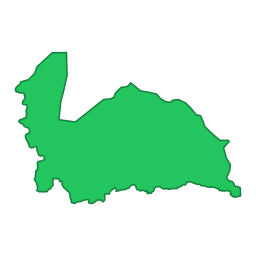 outline of Solís de Mataojo, Lavalleja, Uruguay
{"feature_id": "84410073B13887066663224", "entity_name": "Solís de Mataojo", "entity_type": "district", "adm_level": 2, "iso_a3": "URY", "parent_name": "Uruguay", "parent_adm1": "Lavalleja", "projection": "orthographic", "projection_center": [-55.418, -34.585], "detail": "fine", "context": "isolated", "style": "filled", "palette": "green", "viewbox_px": 256, "rotation_deg": 0, "n_neighbors": 0, "source": "geoboundaries", "source_scale": "gbopen_adm2", "svg_char_len": 5758}
<svg xmlns="http://www.w3.org/2000/svg" viewBox="0 0 256 256"><path d="M36.9,190.6L39.7,191.9L42.1,191.6L42.7,191.9L43.4,192.0L44.9,191.6L46.6,191.7L47.3,191.5L48.1,189.9L48.7,189.5L49.8,189.2L50.5,188.7L51.1,187.9L51.2,187.1L51.4,186.7L52.6,185.9L53.1,185.0L53.2,184.3L53.0,183.7L52.7,183.4L52.6,182.9L52.9,181.9L52.8,181.4L53.1,180.6L53.0,180.3L52.9,179.5L53.0,178.9L53.2,178.5L53.5,178.4L54.1,178.6L54.8,178.6L56.2,178.9L56.9,178.8L57.0,178.7L56.9,178.5L57.9,178.5L58.5,178.7L58.9,179.1L58.9,179.4L59.2,179.7L59.2,180.3L60.0,181.6L60.3,181.6L60.2,181.3L60.5,181.1L61.6,181.2L61.8,181.3L62.2,182.0L62.0,183.6L62.1,184.8L63.9,187.7L64.4,188.3L66.7,190.0L67.1,190.6L67.4,191.1L68.6,191.7L69.2,192.6L69.4,193.2L69.6,193.4L69.8,194.7L70.2,195.5L69.9,196.6L70.1,197.5L70.1,197.8L70.4,198.0L70.8,198.6L70.8,199.3L71.2,199.9L71.2,200.4L71.1,200.9L71.6,202.6L73.5,203.2L74.6,203.3L75.2,203.2L75.8,202.5L77.1,201.9L79.3,201.7L81.2,201.3L81.7,201.3L82.2,201.0L82.5,200.5L83.3,200.1L84.1,200.2L84.6,200.0L86.4,199.9L87.2,199.6L88.6,199.6L89.0,200.0L89.0,200.7L88.9,201.4L88.5,202.3L88.9,202.8L89.1,203.1L89.8,203.4L92.7,203.4L93.4,203.0L93.6,202.7L94.1,202.3L94.8,201.9L95.6,201.7L95.7,201.4L95.8,201.2L97.1,200.4L97.1,200.1L97.5,199.9L99.0,200.1L100.4,200.0L101.2,200.4L101.5,200.7L102.4,201.2L102.6,201.7L103.2,201.7L103.8,201.2L104.3,200.7L104.9,198.8L104.7,195.6L104.9,194.6L105.1,194.1L105.3,193.9L109.1,194.1L109.5,193.6L110.0,191.8L110.9,190.8L111.0,190.8L111.2,190.4L111.7,190.0L112.3,189.6L112.7,189.6L113.2,188.9L114.4,188.2L114.9,187.7L115.3,187.9L116.1,189.0L116.3,189.9L116.1,190.3L116.0,190.9L116.1,191.2L116.6,191.3L117.6,190.9L119.4,190.6L120.6,190.0L122.5,189.8L123.0,189.9L123.6,189.6L124.0,189.7L125.6,189.4L125.8,189.0L126.6,188.9L127.2,188.4L127.5,188.6L127.9,188.5L129.2,187.8L129.7,186.9L131.3,185.5L131.7,185.0L132.2,184.8L132.9,185.0L133.2,184.9L133.4,184.6L134.5,184.8L135.3,185.5L135.8,186.4L136.5,188.9L136.7,189.2L137.9,189.9L139.0,190.1L139.8,190.8L140.3,190.9L140.8,190.9L141.1,190.6L141.7,190.6L142.4,190.3L143.4,190.4L145.5,191.5L145.9,191.4L146.2,191.1L146.4,191.3L146.6,190.9L147.3,190.9L147.6,191.2L147.6,191.7L147.4,192.5L147.1,193.1L147.8,193.7L148.1,193.6L148.1,193.4L149.5,193.0L150.8,193.3L151.2,193.2L151.8,192.6L152.4,191.7L153.4,191.1L153.7,190.8L154.0,190.1L154.0,189.5L154.8,187.8L155.7,187.2L157.8,186.6L159.1,186.7L159.9,186.9L160.9,187.4L162.6,188.6L162.9,188.7L164.4,188.9L165.0,188.8L165.5,188.9L166.8,188.6L167.6,188.5L168.1,188.7L168.1,189.2L168.7,189.4L170.3,189.2L170.7,188.7L171.4,188.5L173.7,188.9L176.1,188.4L176.8,188.6L177.6,188.3L178.3,187.1L179.2,186.8L179.7,186.9L180.8,186.6L182.6,185.0L183.8,184.8L184.6,185.0L185.5,184.8L185.8,184.5L186.3,183.7L186.5,182.0L186.6,181.9L187.5,182.3L189.6,181.7L191.0,181.9L192.3,182.6L193.5,183.0L195.1,183.7L196.3,183.9L197.6,184.4L198.3,184.3L199.7,184.4L200.9,185.5L201.5,185.7L204.8,185.9L206.4,186.7L207.2,186.9L211.8,187.3L214.3,187.0L214.6,187.1L214.9,187.6L216.3,188.4L218.0,188.6L218.6,188.6L218.8,189.2L218.7,189.7L219.6,190.4L220.1,190.7L220.6,190.6L221.0,190.3L221.5,190.5L222.2,191.0L222.7,191.0L223.1,190.5L223.7,190.9L224.9,191.1L225.6,190.7L226.4,190.6L227.4,190.8L228.4,190.7L228.8,190.8L229.5,191.5L230.2,191.7L230.9,192.3L231.0,192.7L230.9,193.2L230.3,193.7L230.4,194.3L230.6,194.7L231.3,195.2L231.9,196.0L232.8,196.3L233.4,196.9L234.2,196.9L234.9,197.1L236.8,196.9L240.6,195.8L240.3,188.4L239.8,187.3L236.9,186.6L234.7,185.8L234.1,184.6L233.5,182.8L231.6,181.3L229.0,180.8L227.2,178.8L226.7,177.4L229.7,170.7L230.4,164.6L226.2,157.8L225.3,154.1L223.6,147.9L229.1,141.5L228.3,140.3L220.0,140.4L210.6,132.3L204.6,126.2L203.1,121.3L200.5,115.6L196.2,114.8L191.0,108.3L185.5,102.9L178.6,99.6L172.9,100.1L170.4,102.3L165.3,101.6L160.4,98.5L156.5,94.0L148.2,92.2L140.3,90.8L133.0,84.6L130.5,82.9L128.7,85.4L126.2,86.9L121.3,87.3L115.6,92.8L113.9,97.2L110.2,99.0L103.6,99.5L75.3,122.0L58.9,119.7L60.8,101.8L63.8,90.2L67.1,75.3L66.5,52.6L52.3,52.7L36.9,66.9L34.8,73.2L28.5,79.6L20.6,82.0L20.2,83.6L19.7,84.4L19.3,84.8L17.6,85.8L17.1,86.6L16.0,87.8L15.5,88.5L15.6,89.2L15.4,90.4L15.5,90.6L16.1,90.8L16.2,91.0L16.0,91.3L16.9,92.0L17.4,92.0L18.3,92.4L20.7,93.1L21.1,93.0L21.5,92.6L23.0,92.9L23.3,93.0L23.7,93.6L24.5,94.0L24.6,94.3L24.3,94.6L24.3,95.1L24.9,96.7L25.2,97.1L24.4,99.0L23.5,100.6L22.9,101.1L22.5,103.0L22.5,103.4L22.8,104.1L23.4,104.4L23.9,104.5L24.4,104.4L26.1,105.0L26.7,104.8L27.3,106.0L26.8,108.9L26.5,109.8L26.3,110.0L26.1,111.0L26.2,112.3L26.6,112.9L26.6,113.3L26.6,114.1L26.5,114.7L26.2,115.3L26.4,115.8L25.9,117.2L25.9,117.8L24.3,118.1L23.4,118.6L21.0,119.6L20.8,119.8L19.9,119.7L18.8,121.2L18.7,121.6L19.8,122.3L20.2,122.8L20.8,123.0L21.6,123.7L22.5,123.7L23.5,124.8L24.0,126.1L24.9,126.8L25.8,127.0L26.8,127.6L28.0,127.7L28.7,128.4L29.4,129.6L29.5,131.1L29.8,131.9L29.5,132.0L29.4,132.5L28.9,133.0L28.8,133.3L28.3,133.6L26.8,133.8L26.0,134.5L25.5,135.3L25.4,136.8L25.7,137.6L25.7,138.3L25.9,138.7L27.3,141.3L27.7,141.6L27.7,142.1L28.4,143.3L28.5,144.2L29.3,145.4L29.4,145.6L29.2,146.3L29.4,146.7L29.7,147.1L31.1,147.7L31.8,147.9L32.7,147.7L34.1,147.0L35.6,146.6L36.1,146.7L36.6,147.0L36.9,147.6L36.8,148.0L37.0,148.5L36.9,149.3L37.0,149.9L36.9,150.4L37.8,152.2L38.8,155.1L39.3,155.5L40.3,156.0L40.8,155.9L41.5,155.4L42.8,155.8L43.1,156.0L44.2,157.5L44.8,158.9L44.7,159.4L44.3,159.8L43.0,160.1L42.2,160.7L41.5,161.0L40.2,161.0L38.2,161.6L37.6,162.2L37.4,162.7L37.3,163.3L37.6,164.5L37.5,165.3L37.5,167.0L37.9,167.8L37.9,168.3L37.6,169.0L36.8,169.7L35.7,171.2L35.7,172.7L35.8,174.0L35.4,175.3L35.3,176.0L35.5,176.4L35.0,177.9L34.6,178.5L34.4,179.7L34.6,180.2L35.1,180.6L35.7,181.4L36.4,182.9L36.6,183.4L36.8,183.7L36.9,184.8L37.4,186.1L37.5,187.2L37.4,189.7L37.3,190.2L36.9,190.6Z" fill="#22c55e" stroke="#15803d" stroke-width="1.5"/></svg>